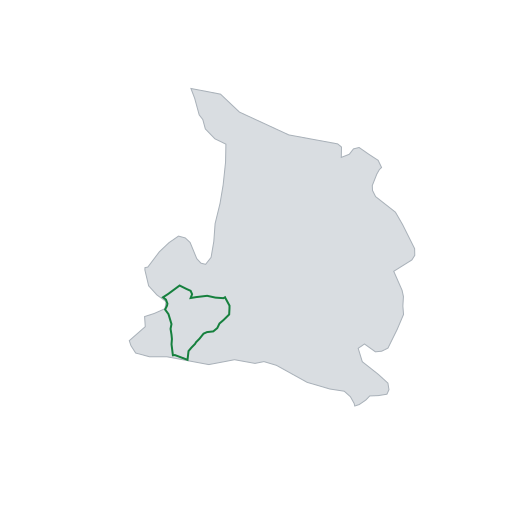 Montenegro, with Berane highlighted, rotated 156°
{"feature_id": "MNE-1509", "entity_name": "Berane", "entity_type": "Municipality", "adm_level": 1, "iso_a3": "MNE", "parent_name": "Montenegro", "parent_adm1": "", "projection": "albers", "projection_center": [19.918, 42.855], "detail": "fine", "context": "in_parent", "style": "outline", "palette": "green", "viewbox_px": 512, "rotation_deg": 156, "n_neighbors": 0, "source": "natural_earth", "source_scale": "10m", "svg_char_len": 1835}
<svg xmlns="http://www.w3.org/2000/svg" viewBox="0 0 512 512"><g transform="rotate(156 256 256)"><path d="M226.8,78.8L226.3,81.4L227.0,89.1L230.4,96.6L242.7,104.5L260.7,119.8L281.9,147.9L291.7,156.3L300.6,158.3L317.8,170.0L329.8,172.8L343.3,176.0L378.4,200.2L394.2,207.2L405.4,216.3L406.7,224.9L406.2,230.2L385.9,236.5L382.4,246.0L372.5,244.9L360.6,244.9L356.7,250.9L362.4,260.8L366.2,272.4L363.2,288.4L362.2,290.5L359.3,289.9L342.5,299.2L330.0,303.6L318.7,305.7L313.3,301.3L310.7,295.2L311.2,277.7L309.2,271.8L305.4,268.9L297.6,273.0L288.6,286.5L280.2,302.2L267.5,318.6L257.1,334.3L245.7,354.0L238.0,370.4L245.9,379.8L250.6,392.7L249.1,402.3L250.5,408.0L247.9,424.9L247.3,435.5L222.6,418.3L212.6,394.2L176.8,353.3L135.8,325.2L133.6,320.8L136.0,315.6L138.0,311.4L129.4,311.0L123.4,314.2L117.7,313.2L111.4,302.8L105.5,293.7L105.3,285.8L108.1,284.8L112.3,281.7L121.1,273.1L122.9,268.5L122.6,261.6L110.8,239.3L109.3,224.9L108.1,198.2L110.7,192.0L115.2,189.0L136.4,186.0L136.5,165.3L137.8,159.0L142.2,150.5L145.0,142.6L156.9,131.5L172.9,118.2L179.9,117.9L185.9,119.9L192.7,131.5L200.2,130.1L201.9,116.2L192.3,97.9L187.2,86.2L188.9,79.8L192.6,76.5L201.0,78.7L209.0,81.9L214.1,79.8L222.1,78.3L226.8,78.8Z" fill="#d9dde1" stroke="#a8b0b8" stroke-width="1"/><path d="M360.8,244.1L357.5,246.8L356.3,248.5L356.0,252.8L357.8,256.1L351.9,257.0L337.8,260.1L333.1,254.4L329.9,250.8L329.9,247.1L332.8,244.2L327.4,242.8L316.8,239.5L310.0,234.5L302.9,230.7L301.1,230.9L301.1,230.4L300.4,221.4L301.6,218.8L304.3,213.5L304.8,213.3L311.8,210.7L316.8,209.2L320.7,205.9L325.7,204.5L331.7,206.4L335.5,206.4L341.3,203.4L345.9,201.6L347.4,200.5L352.2,198.6L356.3,196.6L360.8,189.0L370.4,198.5L372.3,199.1L369.1,209.7L366.6,214.3L365.2,218.5L363.7,224.2L360.9,228.2L359.6,238.5L360.8,244.0L360.8,244.1Z" fill="none" stroke="#15803d" stroke-width="2"/></g></svg>